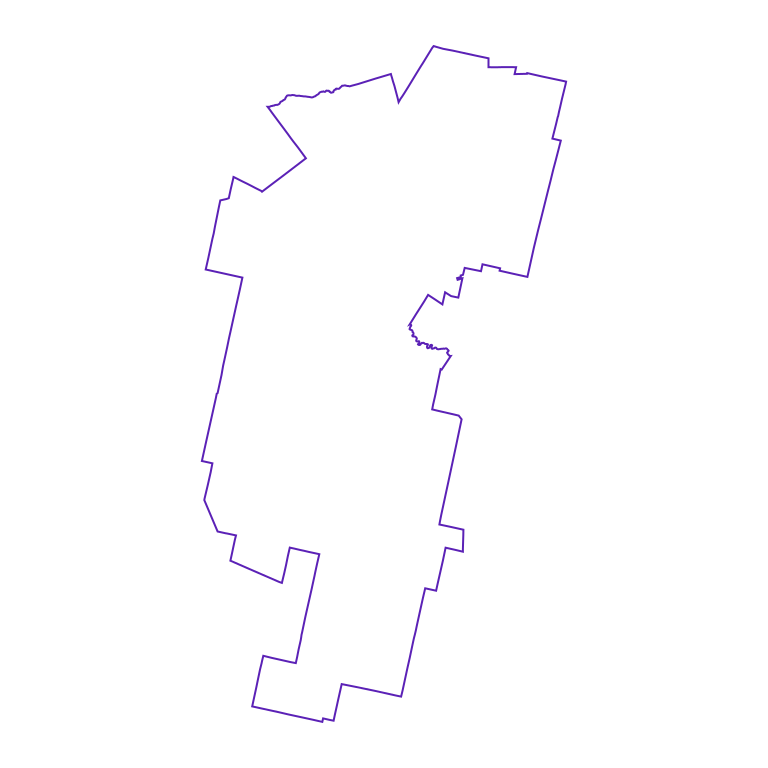 General San Martín, Córdoba, Argentina (Albers equal-area conic projection)
{"feature_id": "61730980B38131446935101", "entity_name": "General San Martín", "entity_type": "district", "adm_level": 2, "iso_a3": "ARG", "parent_name": "Argentina", "parent_adm1": "Córdoba", "projection": "albers", "projection_center": [-63.24, -32.573], "detail": "fine", "context": "isolated", "style": "outline", "palette": "violet", "viewbox_px": 768, "rotation_deg": 0, "n_neighbors": 0, "source": "geoboundaries", "source_scale": "gbopen_adm2", "svg_char_len": 5941}
<svg xmlns="http://www.w3.org/2000/svg" viewBox="0 0 768 768"><path d="M395.8,695.5L401.1,696.6L402.6,690.4L407.5,667.7L409.7,658.0L413.0,642.4L413.9,638.3L414.9,634.4L415.8,630.6L416.9,625.3L419.1,615.3L422.9,598.1L425.2,588.3L436.1,590.7L437.6,583.9L442.9,560.6L445.6,547.7L455.4,549.9L462.9,551.7L462.9,548.9L463.3,535.5L463.4,529.7L449.8,526.7L439.4,524.5L440.0,521.1L441.3,514.6L448.3,482.1L455.8,447.0L461.6,419.3L458.7,415.6L451.9,414.0L442.3,411.8L437.1,410.6L432.2,409.4L433.1,404.6L435.4,394.6L437.0,386.5L437.9,382.1L440.6,369.1L441.7,369.6L450.7,356.1L450.0,356.2L449.8,355.8L449.4,355.7L449.1,355.5L448.8,355.0L448.5,354.7L448.0,354.4L447.7,353.7L447.5,353.4L447.2,353.0L447.1,352.6L447.4,352.2L447.7,352.0L448.4,351.1L448.6,350.7L448.4,350.4L448.2,350.1L447.8,349.8L447.5,349.6L447.1,348.9L446.8,348.7L446.3,348.4L445.6,348.4L444.7,348.7L444.1,348.8L443.7,348.6L443.3,348.6L442.3,348.8L441.0,348.8L440.4,349.0L439.5,349.1L438.8,349.2L438.1,349.3L437.5,349.1L436.9,348.9L436.4,348.1L436.2,347.8L435.6,347.6L435.1,347.6L434.7,347.8L434.4,348.2L433.4,348.4L432.9,348.6L432.3,348.8L431.8,348.6L431.5,348.1L431.6,347.7L431.5,347.4L431.5,347.0L431.6,346.4L432.1,345.6L432.1,345.3L431.8,345.1L431.6,344.9L431.1,344.9L430.6,345.0L430.2,345.4L430.0,345.9L429.8,346.5L429.5,347.1L429.3,347.6L428.9,347.9L428.0,348.2L427.6,348.2L427.3,347.9L427.1,347.6L427.1,347.3L427.1,346.9L427.0,346.7L427.1,346.0L427.6,345.3L427.9,344.9L427.9,344.4L427.5,344.2L427.1,344.0L426.5,344.0L425.9,344.0L425.0,343.9L424.0,343.0L423.4,342.8L422.9,343.1L422.4,342.9L421.8,342.9L421.4,343.3L421.0,343.7L420.2,344.8L419.4,345.0L418.7,344.9L418.0,344.4L418.1,344.1L418.6,344.0L418.9,343.6L419.2,343.2L419.3,342.8L419.3,341.9L419.1,341.3L418.7,341.2L418.4,341.3L418.1,341.5L417.8,341.5L417.3,341.5L416.9,341.4L416.4,341.1L416.2,340.8L416.3,340.5L416.3,340.1L416.6,339.3L416.8,338.6L416.6,338.1L416.4,337.6L415.9,337.2L415.3,336.7L414.9,336.6L414.5,336.4L413.9,336.5L413.1,336.4L412.6,336.3L412.3,335.6L412.4,335.3L413.0,334.8L413.3,334.5L413.5,334.0L413.5,333.4L413.4,333.0L413.1,332.4L412.5,332.0L412.5,331.1L412.1,330.3L411.7,330.1L411.2,330.0L410.7,329.7L410.1,329.6L409.6,329.2L409.7,328.5L410.0,327.8L410.4,326.6L411.0,326.0L411.2,325.6L411.2,325.2L410.9,324.7L410.5,324.5L409.9,324.3L409.7,324.4L415.9,314.4L420.5,307.2L424.2,301.4L428.1,294.9L434.8,299.3L442.4,304.4L445.1,292.3L451.1,296.1L458.3,297.6L462.4,278.3L457.6,279.8L457.1,278.1L460.8,277.0L460.7,275.5L463.0,274.8L464.7,267.9L481.0,271.2L482.5,264.3L500.1,268.3L499.6,270.7L511.5,273.4L527.4,276.9L533.9,247.6L538.1,230.2L541.1,218.4L548.3,189.5L548.8,187.6L550.6,180.5L553.3,169.4L555.6,160.8L558.6,149.2L560.8,140.6L552.4,138.6L555.8,125.1L556.1,123.9L557.7,117.1L558.1,116.2L559.0,111.8L560.1,107.2L562.0,98.8L565.6,84.2L566.1,81.6L560.6,80.4L542.1,76.5L527.2,73.1L527.0,73.8L514.6,74.1L516.1,67.2L508.6,67.1L503.8,67.1L495.4,67.3L488.5,67.2L488.5,65.8L488.5,58.3L476.1,55.7L452.7,50.6L443.1,48.8L433.6,46.1L432.2,47.9L425.2,59.3L423.0,62.9L421.0,66.0L416.2,73.8L408.3,86.8L404.3,93.2L402.1,96.6L400.6,98.7L398.6,102.2L397.6,97.9L394.4,85.8L392.9,81.1L392.0,77.8L391.3,75.6L390.9,74.0L384.2,76.0L377.5,78.0L376.1,78.4L369.7,80.4L358.2,84.0L351.8,85.7L350.1,86.2L349.6,86.3L349.4,86.3L348.4,86.0L347.2,86.0L346.7,85.8L345.6,85.6L345.2,85.4L344.6,85.4L343.4,85.7L342.7,85.7L342.0,85.8L341.5,86.5L341.0,86.8L339.9,87.9L339.5,88.4L338.9,88.8L338.4,88.8L338.1,88.8L337.6,88.8L336.6,88.6L336.1,88.7L335.9,88.8L335.8,89.0L335.7,89.6L335.3,89.7L334.9,89.7L334.6,89.8L334.2,90.2L333.8,90.7L333.5,91.2L333.5,91.8L333.2,92.2L332.8,92.2L332.5,92.3L332.3,92.4L331.9,92.6L331.6,92.7L331.2,92.7L330.9,92.7L330.5,92.3L330.3,92.1L329.9,92.0L329.8,91.7L329.7,91.5L329.3,91.4L329.3,91.2L329.1,91.0L328.8,90.8L328.3,90.7L327.9,90.8L327.3,90.8L326.9,90.6L326.5,90.6L326.1,90.8L325.8,91.2L325.4,91.7L325.1,91.8L324.2,91.8L323.5,91.4L323.3,91.4L322.2,91.8L321.5,91.7L320.9,92.0L320.2,92.2L319.5,92.6L319.0,93.3L318.7,93.8L318.2,94.2L317.4,94.7L316.6,95.1L315.6,95.9L315.4,96.2L314.6,96.4L313.9,96.7L313.2,97.1L312.1,97.4L311.3,97.4L310.6,97.2L308.9,96.9L308.3,96.9L307.2,96.7L305.2,96.4L303.8,96.4L301.9,96.1L300.6,96.0L299.3,95.7L297.5,95.8L296.1,95.8L294.4,95.2L292.2,95.0L290.8,95.4L288.8,95.3L287.8,95.4L287.0,95.7L285.6,97.7L285.3,98.7L284.6,99.6L283.6,100.0L283.0,100.4L282.6,100.9L281.1,101.6L280.5,101.9L279.6,103.6L278.7,104.3L277.3,104.9L276.0,104.9L274.6,105.2L274.0,105.6L273.1,105.6L272.1,106.0L271.2,106.0L270.3,106.5L269.2,106.8L267.6,106.8L270.2,110.2L271.6,112.2L278.8,121.9L282.7,127.1L288.4,134.8L290.4,137.6L293.4,141.6L298.0,147.5L305.9,158.3L284.2,174.9L272.8,183.5L262.0,191.7L261.4,191.0L255.2,187.9L251.2,185.8L247.3,183.8L243.2,181.8L239.8,180.1L236.7,178.5L233.5,177.0L233.1,179.1L230.7,189.3L228.8,198.2L226.5,199.0L220.3,200.4L218.9,207.0L214.9,226.9L213.7,233.5L212.4,238.8L208.3,258.1L205.7,269.5L242.4,277.6L240.0,288.8L237.5,300.0L236.2,305.7L235.3,309.8L232.8,321.1L230.8,330.2L229.0,338.2L227.1,347.5L224.5,359.5L223.1,365.8L221.5,375.1L217.6,393.1L216.7,393.8L215.9,397.9L205.7,443.7L201.9,461.0L212.4,463.3L210.7,472.1L207.7,485.4L204.6,498.4L204.3,500.1L217.6,531.5L226.2,533.4L226.6,533.4L227.5,533.6L236.0,535.4L234.9,539.7L233.4,546.7L231.9,553.8L230.4,560.7L249.6,569.1L279.3,582.0L281.9,582.9L284.3,572.9L286.0,565.3L287.9,555.9L289.8,547.6L292.0,548.1L293.9,548.5L300.3,550.0L304.1,550.8L308.3,551.8L317.6,553.8L319.3,554.2L317.1,563.7L315.1,572.9L314.5,575.9L312.4,585.5L311.9,587.9L309.3,599.4L305.3,617.1L304.8,619.5L302.1,632.4L301.5,634.9L301.2,637.3L300.7,640.3L298.6,649.5L297.1,657.2L295.8,663.1L290.6,662.1L280.4,659.8L272.3,658.0L263.3,655.8L262.0,661.2L261.6,663.2L260.1,669.2L257.5,681.6L256.4,687.0L252.2,706.4L261.7,708.5L278.8,712.2L288.2,714.4L302.6,717.5L313.2,719.8L322.3,721.9L323.1,718.4L329.6,719.9L333.6,720.7L334.8,715.0L336.8,706.0L338.2,699.6L341.7,684.1L355.8,686.9L374.2,690.7L395.8,695.5Z" fill="none" stroke="#5b21b6" stroke-width="2"/></svg>